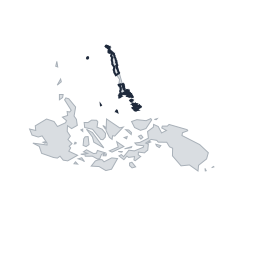 Palawan on a map of Philippines (Albers equal-area conic projection), rotated 118°
{"feature_id": "PHL-2534", "entity_name": "Palawan", "entity_type": "Province", "adm_level": 1, "iso_a3": "PHL", "parent_name": "Philippines", "parent_adm1": "", "projection": "albers", "projection_center": [119.135, 9.647], "detail": "fine", "context": "in_parent", "style": "outline", "palette": "slate", "viewbox_px": 256, "rotation_deg": 118, "n_neighbors": 0, "source": "natural_earth", "source_scale": "10m", "svg_char_len": 9145}
<svg xmlns="http://www.w3.org/2000/svg" viewBox="0 0 256 256"><g transform="rotate(118 128 128)"><path d="M118.4,44.1L127.8,48.2L133.1,46.0L131.8,56.4L136.5,63.4L131.7,75.7L124.9,79.1L125.1,82.5L122.4,87.1L126.3,94.7L125.4,96.8L127.2,102.2L133.0,105.3L132.8,102.4L138.2,100.2L142.2,101.8L144.4,107.5L146.9,106.4L147.2,103.4L153.5,106.3L153.4,107.8L150.2,108.8L153.7,113.7L153.3,115.8L157.9,116.8L156.9,122.9L154.6,121.4L155.4,118.4L147.2,116.8L145.2,111.6L137.9,105.5L136.3,105.8L138.9,112.3L138.0,114.9L135.1,110.7L127.4,105.2L121.9,109.1L115.4,106.0L112.8,107.1L112.5,102.0L116.6,96.0L112.1,92.9L112.1,98.2L110.2,98.6L107.8,94.1L105.6,93.4L101.7,75.0L102.4,74.0L106.6,77.7L109.3,76.8L109.0,56.9L112.1,45.5L118.4,44.1ZM175.8,159.7L185.3,165.8L186.8,170.1L184.8,174.8L187.7,176.2L189.0,179.9L190.9,192.4L185.9,197.7L186.0,204.9L181.0,191.5L179.2,192.5L175.3,200.1L178.1,203.0L179.3,209.4L175.1,214.4L173.5,208.3L169.6,210.9L158.3,204.1L157.0,196.4L159.8,191.0L152.7,185.6L150.4,185.7L149.2,191.0L145.3,187.2L142.0,189.5L141.3,187.0L139.0,186.5L132.9,197.2L130.6,197.0L130.0,194.0L134.1,184.1L142.8,181.2L144.6,177.6L149.5,174.0L155.0,177.5L154.4,182.5L159.5,180.1L162.2,175.1L166.4,175.6L168.1,170.1L171.7,171.4L172.5,169.3L176.3,169.4L175.8,159.7ZM147.9,166.5L143.7,169.3L142.0,165.9L138.1,163.8L135.9,159.3L136.8,157.5L141.8,155.8L141.2,150.3L143.3,145.3L146.8,143.8L150.1,144.7L150.9,146.6L145.8,158.7L147.9,166.5ZM172.1,123.2L176.0,127.6L175.6,135.4L178.9,142.6L172.4,141.4L169.7,138.9L168.2,136.1L169.1,133.3L162.0,128.3L159.9,122.9L172.1,123.2ZM129.4,132.6L141.3,135.9L142.1,138.0L145.5,136.7L145.0,140.0L140.6,146.1L130.1,151.2L131.8,135.4L129.4,132.6ZM84.4,167.0L68.6,178.7L70.3,174.1L94.7,150.9L95.7,144.4L98.9,139.9L98.6,144.7L100.7,150.6L94.3,156.4L89.0,158.3L84.4,167.0ZM109.8,110.9L120.1,111.9L124.2,115.9L124.5,122.4L120.6,127.9L116.5,124.1L113.0,115.4L109.0,112.3L109.8,110.9ZM163.8,139.0L168.4,138.5L169.7,140.6L169.6,146.2L173.0,152.5L171.4,154.0L169.4,151.7L169.9,156.1L166.7,154.4L166.7,146.3L165.0,144.0L162.2,144.5L160.6,136.5L163.8,139.0ZM148.6,164.1L148.7,157.3L156.9,140.0L156.6,151.5L152.7,155.1L148.6,164.1ZM164.4,159.5L158.3,162.0L155.9,161.7L154.3,159.2L161.0,154.6L164.1,156.3L164.4,159.5ZM146.3,122.9L156.8,130.8L156.9,133.7L149.4,127.7L145.4,131.5L146.3,122.9ZM160.5,108.9L158.2,110.2L156.4,108.5L158.7,103.0L161.3,105.7L160.5,108.9ZM135.3,201.8L130.6,204.3L128.9,201.0L131.8,200.0L135.3,201.8ZM103.2,126.9L107.6,127.9L108.7,130.7L104.8,130.7L103.2,126.9ZM129.2,110.4L131.8,111.4L130.4,114.9L128.1,113.2L129.2,110.4ZM118.5,208.6L123.4,210.6L116.4,210.5L118.5,208.6ZM178.6,157.5L176.0,154.9L178.1,150.6L177.9,153.2L178.6,157.5ZM132.3,122.1L130.6,129.3L129.4,126.4L130.4,122.8L132.3,122.1ZM107.1,218.7L107.4,220.8L102.6,222.1L107.1,218.7ZM130.6,91.2L130.4,94.4L129.3,95.8L128.1,90.8L130.6,91.2ZM139.7,147.2L137.6,151.4L137.6,149.0L139.7,147.2ZM105.2,131.9L104.0,134.9L102.9,131.5L105.2,131.9ZM164.2,137.0L162.6,137.1L161.0,134.8L162.9,134.4L164.2,137.0ZM138.2,124.2L138.2,126.9L135.9,124.7L138.2,124.2ZM184.9,158.9L182.5,158.5L183.5,155.5L184.9,158.9ZM143.8,115.9L148.0,121.3L142.7,116.0L143.8,115.9ZM104.8,149.7L102.1,151.2L102.8,148.8L104.8,149.7ZM152.3,166.3L151.8,168.7L150.2,167.5L152.3,166.3ZM152.4,122.4L153.3,125.6L151.3,121.6L152.4,122.4ZM66.7,185.0L65.3,184.9L65.6,182.8L66.7,182.6L66.7,185.0ZM167.3,167.9L165.4,168.1L165.3,166.8L166.3,166.6L167.3,167.9ZM180.5,196.4L179.2,195.0L179.6,193.5L180.5,194.2L180.5,196.4ZM107.3,106.9L108.1,108.7L106.0,106.6L107.3,106.9ZM172.6,155.0L173.3,157.4L171.3,154.5L172.6,155.0ZM129.6,39.6L127.5,41.1L129.0,38.9L129.6,39.6ZM132.5,103.7L129.7,102.4L129.7,101.4L132.5,103.7ZM122.0,33.9L123.8,35.5L121.8,34.4L122.0,33.9Z" fill="#d9dde1" stroke="#a8b0b8" stroke-width="1"/><path d="M87.1,163.5L86.5,164.5L86.0,165.0L85.8,165.6L85.3,166.3L84.4,166.8L83.4,168.0L82.6,168.0L82.0,168.3L81.2,168.3L80.5,168.7L80.3,169.5L80.0,169.8L79.5,171.0L79.0,171.9L77.6,172.6L76.7,173.3L75.6,174.4L75.0,174.5L74.4,174.8L73.4,174.7L73.1,174.8L73.0,175.1L73.0,175.7L72.5,176.4L72.4,176.8L72.2,176.9L71.9,176.8L70.2,177.3L69.9,177.6L69.7,177.9L69.2,178.1L69.0,178.5L68.3,179.1L68.2,179.0L68.2,178.5L68.4,178.0L68.6,177.7L68.6,176.9L68.8,176.8L68.9,176.4L69.3,175.7L69.2,175.5L69.4,175.5L69.5,175.1L70.3,174.3L70.2,174.3L70.4,173.9L70.6,173.7L71.2,173.5L71.4,173.3L72.5,171.7L73.9,170.5L74.3,169.6L75.0,169.3L75.1,169.5L75.3,169.5L75.7,169.3L76.1,168.6L76.0,168.4L77.1,167.7L77.4,167.1L77.5,166.9L78.4,167.0L78.7,166.8L78.7,167.1L78.8,167.3L79.5,166.5L80.5,165.9L80.5,165.3L81.3,164.8L81.6,164.1L82.4,163.5L82.7,163.1L83.1,162.7L83.3,162.4L83.3,162.0L83.5,161.7L83.8,161.7L87.1,163.5ZM91.7,153.3L92.1,153.1L92.1,152.9L92.2,152.6L91.6,152.7L91.5,152.4L91.8,152.0L92.2,151.9L92.7,152.1L92.9,151.6L93.2,151.6L92.9,151.3L92.9,151.1L93.4,150.8L93.3,151.1L93.4,152.0L93.5,152.1L93.8,152.0L94.1,151.6L94.3,151.2L94.6,151.1L94.8,150.8L95.2,150.7L95.4,150.5L95.0,150.1L95.0,149.9L95.3,150.0L95.6,149.9L95.9,149.4L96.3,147.7L96.2,147.5L95.9,147.0L95.7,147.0L95.3,147.0L95.2,146.3L94.7,146.0L95.1,145.5L94.8,145.1L94.9,144.9L94.7,144.8L94.8,144.7L95.0,144.7L95.0,145.0L95.2,144.8L95.3,145.0L95.6,144.9L95.4,145.2L95.6,145.6L95.3,145.6L95.8,145.6L95.8,145.9L96.1,146.4L96.3,146.3L96.3,146.5L96.8,146.8L97.0,147.2L97.6,147.6L97.8,147.6L97.8,147.3L97.5,146.7L97.7,146.3L97.2,145.9L96.6,145.8L96.4,145.6L96.3,145.4L96.5,144.9L96.0,144.9L95.9,144.8L95.9,144.0L96.0,143.7L96.2,144.0L96.5,144.0L96.0,143.2L96.0,142.8L96.1,142.7L96.7,143.3L97.0,143.4L97.2,142.8L97.4,142.4L97.0,141.9L96.8,141.6L97.0,141.6L97.1,141.4L97.3,141.0L97.2,140.1L97.3,139.9L97.5,139.6L97.9,139.3L98.1,138.6L98.3,138.5L98.6,139.6L98.8,139.8L98.9,139.6L99.1,140.1L99.1,140.6L99.0,141.1L98.5,142.5L98.6,142.8L99.1,143.3L99.2,143.8L99.0,144.0L98.6,143.8L98.3,144.4L98.4,145.0L98.3,145.6L98.7,146.4L99.0,146.4L99.5,146.2L99.6,146.3L99.5,146.9L99.6,147.8L99.4,148.4L99.6,148.4L100.3,148.3L100.4,148.6L100.0,148.6L100.1,149.0L100.3,149.1L100.4,149.7L100.5,149.9L101.0,150.2L101.2,150.4L101.0,150.7L100.5,150.9L100.2,151.3L99.1,152.3L98.3,152.3L97.8,152.2L96.4,152.9L95.5,153.8L95.1,154.3L94.9,154.9L94.7,156.1L94.3,156.5L92.9,155.1L93.0,154.5L91.7,153.3ZM109.2,130.4L109.2,130.7L108.9,130.9L108.7,130.9L108.2,130.8L107.8,131.0L107.3,130.7L107.1,130.8L107.1,130.6L106.5,130.5L106.4,130.6L106.5,130.7L106.4,131.2L106.2,131.3L105.8,130.8L105.2,130.9L104.7,130.7L104.3,130.1L103.9,129.7L103.8,129.1L103.3,128.1L103.1,128.4L102.9,128.8L102.7,128.7L103.0,128.3L103.0,127.5L103.7,127.2L103.4,127.2L103.1,127.3L103.1,126.8L103.2,126.6L103.7,126.7L103.9,127.2L104.7,127.4L105.7,128.2L106.2,128.3L105.9,128.4L105.9,128.7L106.2,128.7L107.2,129.4L107.3,129.2L107.6,129.2L107.6,128.0L107.9,128.4L107.9,129.0L108.0,129.1L108.4,129.1L108.5,129.3L108.5,129.2L109.1,129.8L109.1,130.1L108.8,130.4L108.8,130.5L109.0,130.5L109.2,130.4ZM104.7,132.0L105.4,132.5L105.8,132.7L105.3,132.8L105.4,133.1L105.2,133.3L105.5,133.4L105.7,133.6L105.4,134.0L105.6,134.3L105.3,134.7L104.9,135.0L104.5,135.1L104.3,135.3L104.1,135.1L104.1,134.7L104.1,134.3L104.5,134.6L104.4,134.3L104.7,133.9L104.8,133.7L104.7,133.5L104.4,133.5L104.3,133.8L104.2,133.9L103.8,133.8L103.6,133.3L103.4,133.2L103.7,133.0L103.1,132.3L102.8,131.5L103.3,131.6L103.3,131.3L103.5,131.2L103.8,131.4L104.2,131.6L104.2,131.8L105.1,131.8L105.0,132.0L104.7,132.0ZM102.9,148.7L104.7,149.6L104.9,149.8L104.6,149.9L104.7,150.1L104.3,150.2L104.1,150.1L104.0,150.4L103.6,149.9L103.7,150.7L103.6,150.9L103.3,150.9L103.2,151.1L102.4,151.3L102.2,151.3L102.0,151.2L101.9,150.7L101.9,150.2L101.7,150.2L102.1,149.7L102.6,148.8L102.9,148.7ZM66.8,182.7L66.7,183.1L66.9,183.3L66.6,183.6L66.8,184.5L66.7,185.0L66.8,185.2L66.4,185.7L66.0,185.8L66.1,186.1L65.8,186.1L65.6,186.0L65.7,185.8L65.6,185.6L65.1,184.5L65.2,182.7L65.3,182.8L65.5,183.1L65.9,182.7L66.7,182.6L66.8,182.7ZM69.9,179.2L70.3,179.5L70.3,180.3L70.4,180.6L70.2,180.9L70.0,181.0L69.9,180.9L69.5,181.1L69.3,180.8L69.2,180.0L69.4,179.4L69.6,179.3L69.9,179.2ZM103.0,137.2L103.1,137.7L103.0,138.2L102.6,139.0L102.4,138.9L102.6,138.4L102.1,138.3L101.9,138.6L101.6,138.4L101.3,138.3L101.2,138.0L101.2,137.7L101.8,138.2L101.9,137.5L102.3,138.0L102.4,137.8L102.6,138.0L102.7,137.6L102.7,137.4L102.8,137.2L103.0,137.2ZM85.7,196.7L85.6,197.0L85.3,197.1L84.5,197.0L84.4,196.9L84.3,196.5L84.7,196.2L84.9,196.3L85.4,196.1L85.7,196.3L85.8,196.6L85.7,196.7ZM108.4,131.8L108.1,131.9L108.2,132.2L108.1,132.7L108.3,133.2L108.2,133.3L107.3,131.5L108.1,131.3L108.3,131.4L108.4,131.8ZM118.9,145.1L118.9,145.6L118.7,146.1L118.8,146.3L118.1,146.3L117.9,146.2L118.1,145.7L118.8,145.2L118.9,145.1ZM100.0,143.1L100.1,143.5L100.2,143.8L99.9,143.8L99.7,143.9L99.7,143.7L99.3,143.4L99.3,142.7L100.0,143.1ZM68.9,179.4L69.1,179.3L69.2,179.5L68.5,180.0L68.2,180.1L68.1,179.7L68.9,179.0L68.8,179.3L68.9,179.4ZM66.1,182.6L65.8,182.2L65.6,182.1L66.3,181.7L66.5,181.9L66.6,182.4L66.1,182.6ZM99.7,141.4L99.9,141.5L99.9,141.8L99.4,142.2L99.2,142.1L99.2,141.7L99.7,141.4ZM67.7,181.1L68.2,181.2L68.4,181.3L68.4,181.5L68.1,181.5L67.8,181.4L67.7,181.3L67.7,181.1ZM121.0,162.0L120.8,162.5L120.5,162.7L120.7,162.3L120.9,162.2L121.1,161.8L121.0,162.0Z" fill="none" stroke="#1e293b" stroke-width="2"/></g></svg>